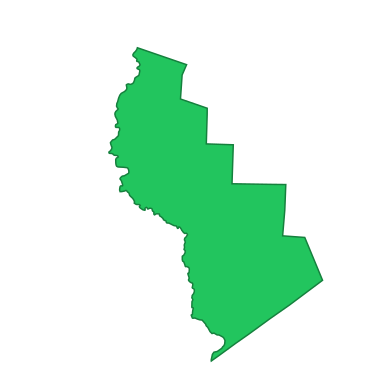 Essex, Vermont, United States of America (Albers equal-area conic projection), rotated 145°
{"feature_id": "52423323B77822845094766", "entity_name": "Essex", "entity_type": "district", "adm_level": 2, "iso_a3": "USA", "parent_name": "United States of America", "parent_adm1": "Vermont", "projection": "albers", "projection_center": [-71.622, 44.681], "detail": "fine", "context": "isolated", "style": "filled", "palette": "green", "viewbox_px": 384, "rotation_deg": 145, "n_neighbors": 0, "source": "geoboundaries", "source_scale": "gbopen_adm2", "svg_char_len": 4001}
<svg xmlns="http://www.w3.org/2000/svg" viewBox="0 0 384 384"><g transform="rotate(145 192 192)"><path d="M261.6,42.6L242.7,43.0L227.1,43.0L201.0,43.5L177.1,43.5L135.7,44.8L125.7,90.1L142.9,104.1L126.5,123.8L110.9,144.3L121.9,152.2L154.5,175.8L131.1,207.0L152.7,223.2L134.9,247.1L131.5,251.9L148.1,274.8L133.0,293.5L123.4,299.4L154.0,341.5L155.4,340.4L157.6,339.6L160.0,339.2L161.5,338.5L161.9,338.0L162.2,337.2L162.1,336.7L161.3,334.4L160.9,332.6L161.1,332.0L162.0,331.3L162.2,330.9L162.1,330.4L161.2,329.5L161.0,329.1L161.5,326.2L161.9,325.8L163.3,325.3L165.0,325.5L166.0,325.1L166.1,324.4L165.0,322.4L165.0,321.7L165.4,321.0L168.1,318.4L169.1,318.0L173.0,318.2L174.0,317.6L174.8,316.7L176.4,315.6L177.1,315.3L177.4,315.1L178.3,314.9L180.2,315.2L180.8,315.6L182.3,317.2L183.8,317.5L184.4,317.4L184.6,317.0L185.4,315.1L186.1,314.1L186.7,313.6L188.1,313.2L189.8,313.0L193.4,313.4L195.6,312.7L198.4,310.9L201.1,308.6L202.8,307.6L204.6,305.6L204.9,303.7L204.7,302.8L204.9,302.4L205.5,302.1L208.2,301.7L209.7,300.9L210.5,300.0L211.4,297.9L211.9,293.9L213.2,291.0L213.5,290.7L215.8,290.9L216.5,290.4L217.3,289.3L217.2,288.5L215.4,287.2L214.9,286.7L214.8,285.8L215.0,285.3L215.6,284.4L216.5,283.7L217.7,283.2L219.8,280.5L220.3,280.3L224.6,279.6L225.2,279.5L227.2,280.2L230.4,279.3L230.9,278.4L231.7,275.7L231.8,274.7L233.0,273.4L234.0,273.0L235.0,272.6L236.7,272.4L237.1,272.4L237.4,272.0L237.6,271.4L237.4,271.0L235.6,269.5L235.1,268.7L234.8,267.2L234.5,266.6L232.8,265.2L232.2,264.4L232.1,263.5L232.6,262.9L234.4,263.1L234.8,263.0L235.9,262.3L237.7,259.6L238.5,258.1L238.9,256.9L238.9,256.2L238.2,254.9L234.1,251.7L231.3,249.2L230.9,248.3L231.0,247.5L231.5,245.9L232.2,244.6L232.8,244.0L233.4,243.7L238.1,244.1L240.0,245.0L242.0,244.8L243.1,244.4L243.5,243.8L243.4,242.3L243.5,241.4L244.5,238.1L245.2,237.0L245.9,237.1L246.5,237.7L247.1,237.9L247.9,237.6L249.4,236.1L250.2,235.1L250.7,233.5L249.3,232.6L246.5,231.4L245.2,231.2L244.8,230.2L244.8,229.0L244.3,227.7L244.4,226.7L244.7,226.0L245.0,225.1L244.9,224.0L244.2,220.7L244.4,217.5L244.8,216.9L245.0,216.9L245.2,216.3L245.7,215.9L244.8,213.8L242.4,211.9L242.2,211.6L242.2,210.6L243.4,210.3L243.7,209.5L243.5,208.4L242.5,205.7L241.6,204.6L241.1,204.1L240.6,204.2L240.3,205.2L239.8,205.6L239.2,205.7L238.2,205.6L237.9,204.9L237.8,204.4L238.0,203.8L237.9,203.3L235.7,202.9L235.1,202.3L234.5,201.6L234.5,200.9L235.0,199.8L235.2,199.0L234.8,197.9L234.8,197.2L235.2,196.8L235.8,195.9L236.0,195.3L235.7,194.7L234.3,194.7L233.4,194.4L231.4,192.8L231.4,192.5L232.0,191.6L232.1,190.7L231.4,189.2L230.9,186.6L231.3,185.7L230.7,184.3L230.2,183.9L230.0,183.4L230.0,183.0L230.5,181.7L230.3,181.0L228.7,179.7L226.1,174.9L224.4,173.2L224.3,172.7L224.7,170.8L224.6,170.4L224.2,170.2L223.0,170.9L222.8,170.9L222.3,170.4L222.1,169.8L222.1,167.7L222.3,166.7L222.2,163.6L221.7,162.2L220.3,161.5L220.1,160.9L220.1,159.8L220.3,159.5L222.6,158.6L224.5,158.3L225.7,157.1L225.7,156.2L226.5,154.5L227.6,153.9L228.8,153.0L229.8,151.0L231.5,149.5L231.5,149.1L231.3,148.6L231.2,147.9L232.5,146.2L235.2,144.9L236.6,145.0L237.0,144.7L238.8,142.1L239.3,140.8L238.8,139.4L239.7,136.1L240.1,135.3L240.0,134.5L238.9,133.8L238.2,132.4L238.0,131.3L238.4,130.4L240.5,127.8L241.3,127.4L241.5,127.7L241.8,127.7L242.3,127.4L243.7,123.0L245.0,122.3L245.5,121.5L245.5,120.9L245.3,119.6L244.6,117.9L244.0,117.4L244.0,116.6L244.4,115.8L245.0,115.1L246.7,113.5L246.7,112.9L246.1,111.7L246.1,110.8L246.3,110.4L247.5,108.8L249.3,107.7L251.1,107.2L252.8,105.4L252.9,103.9L253.0,103.5L253.6,102.9L254.9,102.2L258.1,97.9L258.3,97.3L257.6,96.6L257.5,96.3L257.6,96.0L259.3,94.6L261.3,92.3L261.7,91.6L262.2,91.4L263.0,91.7L263.4,91.3L264.0,88.6L263.8,88.2L261.8,87.0L260.6,85.0L259.1,83.0L257.2,81.3L256.6,75.7L256.9,75.2L257.1,74.0L256.7,72.2L257.3,67.2L256.8,64.6L254.9,63.8L253.4,60.5L251.9,59.4L250.0,55.7L249.7,54.0L250.2,51.3L252.4,48.8L254.0,47.8L255.6,47.6L257.3,46.9L262.8,46.9L265.9,48.2L268.4,47.3L272.7,43.3L273.1,42.5L261.6,42.6Z" fill="#22c55e" stroke="#15803d" stroke-width="1.5"/></g></svg>